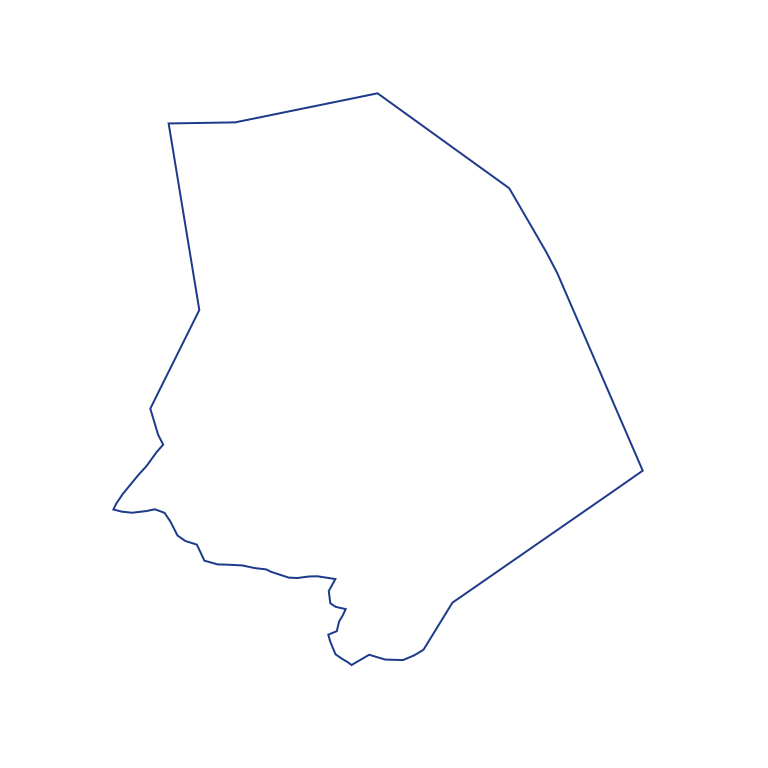 outline of San Bartolomé Zoogocho, Oaxaca, Mexico, rotated 194°
{"feature_id": "50627088B99822052581383", "entity_name": "San Bartolomé Zoogocho", "entity_type": "district", "adm_level": 2, "iso_a3": "MEX", "parent_name": "Mexico", "parent_adm1": "Oaxaca", "projection": "mercator", "projection_center": [-96.24, 17.246], "detail": "fine", "context": "isolated", "style": "outline", "palette": "blue", "viewbox_px": 768, "rotation_deg": 194, "n_neighbors": 0, "source": "geoboundaries", "source_scale": "gbopen_adm2", "svg_char_len": 898}
<svg xmlns="http://www.w3.org/2000/svg" viewBox="0 0 768 768"><g transform="rotate(194 384 384)"><path d="M310.8,604.6L460.6,664.5L591.9,601.8L656.0,584.7L581.1,411.1L604.8,303.6L590.9,280.1L583.6,271.8L588.3,262.6L594.5,247.1L600.4,236.2L611.0,213.8L613.0,208.2L614.8,203.4L616.2,196.8L607.8,196.7L597.4,198.1L583.9,203.2L576.0,207.0L565.8,205.9L558.0,198.9L547.7,187.0L538.8,183.6L526.7,182.9L515.5,169.1L501.9,168.7L489.4,171.4L477.4,173.7L465.1,174.1L453.5,175.6L448.0,174.4L429.5,173.1L421.1,174.8L409.9,179.2L402.2,181.3L384.0,183.0L387.5,169.7L383.0,158.2L377.0,156.1L366.7,156.3L368.1,149.3L370.1,142.8L370.0,132.8L377.4,127.3L374.0,121.3L365.7,110.0L358.7,107.4L351.9,105.3L347.5,103.5L332.9,117.7L316.3,116.9L298.8,120.7L289.1,128.0L281.4,135.7L264.7,188.4L136.7,334.2L112.0,362.5L242.7,533.5L258.5,551.3L309.8,604.2L310.8,604.6Z" fill="none" stroke="#1e3a8a" stroke-width="2"/></g></svg>